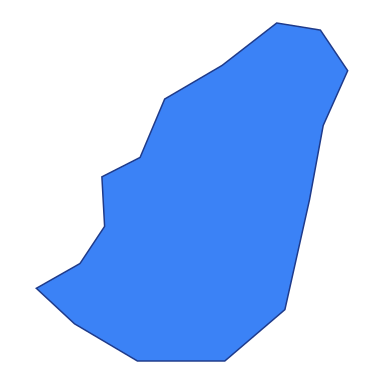 Öckerö, Sweden
{"feature_id": "70781695B5566617801013", "entity_name": "Öckerö", "entity_type": "district", "adm_level": 2, "iso_a3": "SWE", "parent_name": "Sweden", "parent_adm1": "", "projection": "equal_earth", "projection_center": [11.661, 57.718], "detail": "fine", "context": "isolated", "style": "filled", "palette": "blue", "viewbox_px": 384, "rotation_deg": 0, "n_neighbors": 0, "source": "geoboundaries", "source_scale": "gbopen_adm2", "svg_char_len": 327}
<svg xmlns="http://www.w3.org/2000/svg" viewBox="0 0 384 384"><path d="M347.7,70.7L320.4,30.1L276.7,23.0L222.1,65.4L164.7,99.0L140.1,157.4L101.9,176.8L104.6,226.4L80.0,263.5L36.3,288.3L74.5,323.8L137.4,361.0L224.8,361.0L284.9,309.6L309.5,199.8L323.2,125.5L347.7,70.7Z" fill="#3b82f6" stroke="#1e3a8a" stroke-width="1.5"/></svg>